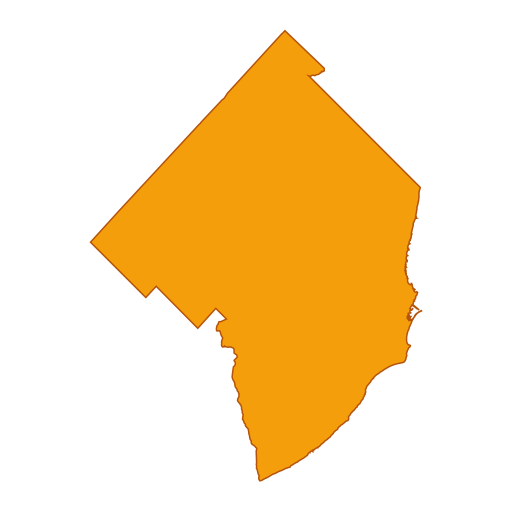 General Pueyrredón, Buenos Aires, Argentina (Equal Earth projection)
{"feature_id": "61730980B30127630418266", "entity_name": "General Pueyrredón", "entity_type": "district", "adm_level": 2, "iso_a3": "ARG", "parent_name": "Argentina", "parent_adm1": "Buenos Aires", "projection": "equal_earth", "projection_center": [-57.589, -37.973], "detail": "fine", "context": "isolated", "style": "filled", "palette": "amber", "viewbox_px": 512, "rotation_deg": 0, "n_neighbors": 0, "source": "geoboundaries", "source_scale": "gbopen_adm2", "svg_char_len": 6073}
<svg xmlns="http://www.w3.org/2000/svg" viewBox="0 0 512 512"><path d="M258.7,478.6L259.9,481.3L259.8,480.8L261.5,480.5L265.6,478.2L267.2,477.6L272.6,474.3L275.7,473.2L278.3,471.7L281.8,470.4L285.1,468.7L288.7,467.4L289.8,467.3L291.0,465.5L291.7,465.3L295.8,462.7L297.2,462.2L298.9,460.8L303.5,458.1L306.5,455.9L307.6,455.0L308.1,453.7L308.9,452.8L309.4,452.4L309.9,452.6L309.9,452.2L311.0,451.2L311.7,450.9L312.0,451.1L311.9,450.9L312.9,450.0L313.7,449.7L313.8,450.0L313.9,449.7L317.1,447.6L317.8,447.6L318.0,448.4L317.9,447.2L319.6,446.2L321.1,444.4L323.6,442.5L325.1,440.8L327.0,439.6L329.3,437.5L330.2,437.0L331.2,435.4L333.1,433.6L333.7,432.4L335.8,430.4L336.2,430.4L336.3,430.8L336.3,430.3L337.6,429.3L337.9,428.2L338.5,427.3L339.9,426.3L341.0,425.0L341.4,424.8L341.8,425.2L341.7,424.9L342.1,424.5L344.1,422.9L346.0,421.1L347.0,420.9L347.3,421.4L347.2,421.0L347.9,420.5L348.7,419.2L348.7,417.8L348.5,416.9L348.7,416.5L350.0,414.9L351.4,412.6L352.6,411.7L353.0,410.9L353.8,410.5L355.9,407.8L357.2,406.9L357.2,406.0L359.1,404.1L359.7,403.9L361.7,400.2L362.7,399.5L363.4,397.6L364.1,396.1L364.4,395.9L364.5,394.8L365.0,394.0L365.3,394.0L365.2,393.0L365.6,392.5L365.7,391.9L365.4,389.9L366.3,387.9L366.8,386.3L370.6,381.8L371.2,380.5L373.3,378.1L373.5,378.2L373.5,377.8L374.3,376.8L376.5,374.8L378.6,373.5L380.5,371.8L381.1,371.7L384.7,369.2L388.7,366.9L391.6,365.5L395.6,364.1L403.0,362.5L404.5,361.7L405.8,359.3L406.0,357.8L406.6,356.4L406.8,355.5L406.4,353.8L407.4,350.6L408.7,347.9L410.0,346.8L410.4,345.7L410.2,345.3L408.4,344.8L407.4,343.6L406.8,342.1L406.6,340.9L406.6,337.2L406.9,335.2L407.7,331.7L409.0,328.8L409.2,327.5L411.2,323.2L412.3,320.1L413.4,318.6L414.0,318.8L413.5,318.5L413.5,318.2L415.8,314.9L417.0,313.5L418.9,312.1L421.5,310.9L421.3,310.6L419.0,311.8L416.0,314.0L414.8,315.6L414.7,316.2L412.9,318.7L411.0,320.2L410.6,319.3L410.3,319.4L410.6,320.3L409.9,320.4L409.8,320.2L409.7,320.5L408.8,320.5L408.8,320.0L410.0,319.6L410.0,318.9L407.9,319.0L407.9,318.7L407.4,318.7L407.3,318.4L407.8,318.3L407.8,318.0L410.0,317.7L410.8,316.6L407.2,317.1L407.1,316.8L407.7,315.9L409.5,315.7L409.3,315.0L408.1,314.9L408.4,314.0L408.1,313.6L408.2,313.3L408.6,313.2L408.6,313.7L408.7,313.2L410.4,312.9L410.5,313.7L410.6,312.9L411.4,312.8L410.0,312.7L409.9,310.6L410.0,310.4L411.7,310.1L413.2,308.2L411.4,309.6L409.8,308.7L411.8,305.1L415.1,307.2L416.8,308.7L417.5,308.7L418.4,309.6L418.6,309.4L412.9,304.7L413.4,302.3L413.9,300.9L415.2,301.2L414.2,300.6L414.0,299.9L415.4,298.8L415.7,297.4L415.6,296.3L416.0,295.8L416.6,295.6L417.6,292.5L416.4,291.3L416.6,291.9L415.9,292.0L415.9,291.8L415.7,292.2L414.6,291.8L414.1,291.1L413.8,290.2L414.1,289.5L414.4,289.3L414.8,289.8L415.0,289.6L413.7,288.6L412.9,288.7L412.9,287.6L412.2,286.0L412.2,285.0L411.6,283.4L411.4,283.4L411.6,283.9L411.2,284.4L410.5,284.7L409.4,284.3L408.2,283.0L407.6,281.5L407.6,279.3L407.9,278.7L408.5,278.7L407.0,278.0L407.4,277.1L407.3,276.6L406.0,274.7L406.2,274.0L405.8,274.0L405.7,273.6L406.1,273.1L406.0,272.7L405.7,272.8L405.4,272.4L405.5,272.1L405.4,271.8L405.5,271.5L405.9,271.5L405.8,271.0L405.7,271.2L405.2,271.1L404.9,270.5L405.2,269.8L405.8,270.1L405.6,269.4L405.3,269.6L405.1,269.3L405.5,268.5L405.8,268.4L405.9,268.8L405.7,267.9L405.5,268.1L405.2,267.7L405.5,267.0L406.0,267.0L405.2,266.3L405.4,265.8L405.9,265.8L405.4,264.7L405.6,264.3L406.0,264.2L405.7,263.4L405.7,262.9L406.4,261.1L406.9,260.7L407.2,261.1L407.3,260.4L407.2,259.7L407.1,260.0L406.6,259.9L406.2,259.2L406.4,256.9L406.7,256.2L407.1,255.9L407.7,255.8L407.7,256.3L408.0,255.1L407.7,255.5L406.8,255.0L406.6,254.2L406.7,252.7L407.6,250.7L408.3,250.1L408.8,250.2L408.8,250.7L409.0,249.6L408.9,249.3L408.7,249.9L408.3,249.8L407.6,248.8L407.7,247.9L408.1,248.0L407.7,247.7L407.9,246.6L408.1,246.2L408.3,246.3L407.9,245.9L408.9,244.0L409.8,243.9L409.8,244.4L410.0,243.7L409.0,243.1L409.0,242.7L409.3,241.7L409.7,241.8L409.4,241.6L409.4,241.3L409.9,240.2L410.2,240.3L410.2,239.2L410.5,238.8L410.8,238.8L410.8,238.0L411.1,237.7L411.1,236.8L411.4,235.9L411.2,235.5L411.7,234.6L411.3,234.1L411.5,233.7L411.8,233.8L411.9,233.5L411.4,233.1L411.4,232.4L411.9,231.1L412.4,228.4L412.8,227.1L413.3,224.7L413.2,223.6L415.4,218.5L416.6,218.2L417.0,217.5L416.4,218.2L415.5,218.1L415.6,217.7L416.4,217.8L416.0,217.5L415.7,217.0L416.1,216.7L415.8,216.4L416.0,215.1L415.9,214.1L416.3,213.1L416.6,210.6L416.7,209.9L416.9,209.8L417.0,206.8L417.6,205.1L418.2,202.2L418.1,201.8L418.4,201.4L418.7,200.0L418.7,198.6L419.0,197.0L418.9,194.1L419.1,191.7L420.3,187.5L308.8,75.9L310.7,76.4L311.7,75.4L313.7,75.2L314.7,75.7L316.6,74.7L318.1,74.5L319.1,74.0L319.6,73.3L320.5,73.1L321.3,72.2L321.6,71.4L322.1,71.4L322.6,71.8L324.3,70.8L324.1,69.8L324.3,68.4L284.9,30.7L282.3,33.5L281.9,33.7L227.4,93.3L224.3,98.2L222.0,100.0L201.2,122.1L200.1,123.6L199.2,124.3L119.6,210.2L90.5,242.2L145.8,297.5L156.2,286.3L197.8,328.3L215.8,308.4L226.4,319.0L221.0,321.6L219.1,321.7L218.7,322.2L218.1,324.2L217.3,325.1L216.7,326.6L216.4,328.7L216.5,330.3L216.8,330.9L217.8,331.0L219.0,330.7L219.7,330.8L220.1,331.5L220.3,332.5L221.3,335.5L222.7,337.9L222.7,338.4L222.2,339.3L221.5,341.9L221.7,343.0L221.5,345.1L221.9,346.3L222.7,347.0L224.2,346.8L224.2,346.4L224.5,346.0L226.0,346.9L228.4,347.2L230.8,346.9L231.5,347.4L233.3,348.1L233.6,348.4L234.1,349.7L234.0,352.3L234.2,353.2L236.7,354.9L237.2,356.8L237.0,357.5L234.2,360.2L234.1,360.8L234.9,361.5L235.4,363.5L234.9,365.3L233.4,367.0L232.6,372.4L232.1,377.1L233.0,379.8L234.4,382.0L235.3,386.9L237.0,389.3L237.3,390.9L238.4,392.0L238.6,393.2L239.0,393.8L238.9,396.6L238.0,398.4L237.5,400.2L237.6,400.8L238.7,402.5L239.9,403.5L240.1,404.5L240.7,404.9L241.5,406.9L241.6,409.2L242.3,410.9L242.2,412.5L243.1,414.7L242.5,419.4L243.2,420.0L244.2,422.9L245.1,423.8L245.4,424.5L245.4,425.6L245.8,426.3L248.2,429.0L248.8,432.4L248.8,433.3L249.7,436.7L249.7,437.8L250.3,439.6L251.2,440.8L251.2,442.9L252.0,444.2L254.9,446.2L255.3,446.9L256.5,448.1L256.8,448.9L256.2,451.0L256.6,462.8L256.3,464.3L256.6,465.9L256.5,468.5L257.2,469.6L258.2,474.0L259.1,475.5L258.7,478.6Z" fill="#f59e0b" stroke="#b45309" stroke-width="1.5"/></svg>